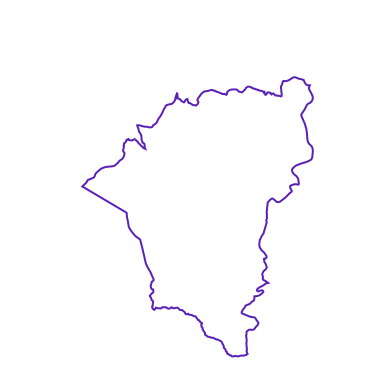 the district of Ta Phraya, Sa Kaeo, Thailand, rotated 109°
{"feature_id": "78962969B35717105956499", "entity_name": "Ta Phraya", "entity_type": "district", "adm_level": 2, "iso_a3": "THA", "parent_name": "Thailand", "parent_adm1": "Sa Kaeo", "projection": "albers", "projection_center": [102.705, 14.016], "detail": "fine", "context": "isolated", "style": "outline", "palette": "violet", "viewbox_px": 384, "rotation_deg": 109, "n_neighbors": 0, "source": "geoboundaries", "source_scale": "gbopen_adm2", "svg_char_len": 5958}
<svg xmlns="http://www.w3.org/2000/svg" viewBox="0 0 384 384"><g transform="rotate(109 192 192)"><path d="M222.5,297.5L232.9,247.1L237.4,245.0L239.6,243.7L240.1,243.3L245.8,240.3L248.5,237.0L251.5,232.3L252.4,230.3L253.8,225.6L260.6,221.1L275.0,212.1L277.9,209.1L281.3,205.2L287.0,200.0L287.6,199.6L288.4,199.6L290.0,200.8L291.7,200.6L292.9,200.7L294.7,200.3L295.9,199.6L296.9,198.5L297.0,197.8L296.8,197.0L298.8,196.0L299.6,196.1L301.5,197.2L303.9,198.1L304.2,197.9L305.5,196.1L307.2,195.2L307.6,193.8L308.5,192.9L310.2,192.7L310.9,192.4L312.3,192.4L313.3,192.0L313.8,192.3L315.2,191.1L315.2,190.3L315.6,189.7L315.7,189.3L314.9,189.0L314.0,188.4L313.2,188.5L312.9,187.1L313.0,186.0L312.3,184.1L312.3,183.6L311.7,183.0L310.9,182.7L310.1,181.4L309.7,179.2L309.4,178.7L310.0,177.4L310.0,176.4L309.5,175.2L308.2,174.1L307.7,173.9L307.7,173.2L308.0,172.3L308.0,171.5L306.3,168.8L306.3,167.0L307.4,165.2L307.3,164.1L306.9,163.2L306.9,162.6L307.4,161.6L308.0,159.7L309.0,158.9L309.5,158.0L309.5,157.7L308.4,156.1L309.0,155.1L308.5,152.7L308.4,151.9L308.8,150.0L308.5,148.0L309.8,146.4L310.3,145.4L311.1,144.5L311.0,143.3L312.3,141.9L312.7,139.8L313.2,139.7L314.5,140.1L315.5,139.4L316.2,139.2L317.1,137.8L317.9,137.3L318.5,137.2L318.7,136.7L320.3,135.1L320.7,134.1L321.3,133.7L322.5,133.3L322.8,133.0L323.0,131.6L323.7,130.3L323.5,129.4L323.4,127.0L323.5,126.2L323.0,125.1L323.5,120.4L323.2,120.1L323.2,118.6L323.9,115.4L327.1,112.1L328.6,111.1L329.0,111.1L329.0,110.8L330.2,108.9L331.6,108.1L332.1,106.7L333.2,106.1L333.5,105.6L333.4,105.1L333.7,104.1L333.6,103.7L334.1,102.8L333.8,102.3L333.9,101.6L334.4,100.9L334.3,100.1L333.9,99.5L333.6,98.6L332.8,97.5L332.5,95.0L330.6,92.3L330.4,91.2L329.4,89.0L328.1,87.4L327.1,86.7L324.8,88.6L323.1,88.8L317.7,91.2L315.0,91.8L311.9,93.1L310.6,94.1L309.3,94.0L306.9,94.8L306.2,94.8L305.7,94.7L303.9,93.4L303.4,92.8L302.6,89.8L301.6,88.5L298.8,87.7L296.4,86.6L294.3,86.5L293.5,87.2L292.8,88.4L290.6,91.1L290.4,91.7L290.3,92.6L290.9,95.6L291.0,97.2L290.5,105.3L290.2,105.7L289.1,106.0L285.8,105.3L284.4,104.7L281.9,104.3L278.9,100.9L276.2,99.6L274.5,98.2L273.2,98.2L270.3,99.0L269.1,96.3L268.1,95.1L266.9,94.0L264.5,92.5L263.5,92.1L262.9,92.1L262.2,92.9L262.2,93.9L263.0,95.3L264.4,96.9L264.5,97.4L263.9,98.6L263.6,98.7L262.4,98.6L260.5,97.4L257.0,94.1L254.4,92.4L253.2,90.4L252.1,94.2L251.9,96.0L251.5,96.6L251.0,96.9L249.5,97.0L247.2,98.7L245.8,98.9L243.5,98.5L240.8,97.0L238.8,96.8L236.3,98.7L234.6,100.8L234.1,101.1L233.3,101.3L232.2,102.1L231.6,102.1L230.6,100.5L230.3,100.3L229.2,100.3L228.2,100.9L225.8,104.1L224.4,107.3L222.7,109.4L221.1,110.7L219.6,111.4L215.0,112.3L213.9,112.0L211.2,111.8L207.9,110.9L197.4,111.4L196.4,111.5L194.6,112.5L192.0,112.6L190.2,113.6L189.1,113.7L186.7,114.9L184.4,115.3L181.6,116.1L179.9,116.3L178.0,116.9L176.9,116.8L173.9,115.6L172.6,114.7L172.0,114.0L172.1,112.7L173.8,108.7L173.5,107.0L172.6,105.7L166.9,101.9L161.4,99.3L159.4,98.0L158.9,97.9L158.4,98.2L155.7,100.8L154.7,101.1L154.3,101.0L152.7,99.7L151.1,97.1L150.7,96.0L150.6,94.5L150.3,93.8L149.8,93.6L149.2,93.7L145.0,95.9L144.1,96.9L143.0,98.5L141.8,101.8L140.1,103.9L138.4,104.7L137.0,104.5L134.3,103.1L132.8,101.9L129.5,98.0L126.1,93.2L123.2,90.3L121.9,89.7L120.1,89.6L114.5,90.9L113.1,91.4L110.8,92.7L109.7,93.9L108.3,97.0L106.9,98.7L104.7,100.0L100.3,101.9L95.3,104.3L90.1,108.1L84.5,113.3L83.6,113.7L82.0,113.7L77.0,112.3L72.7,111.8L71.1,111.2L68.9,109.1L67.8,108.6L66.9,108.3L65.1,108.1L63.3,108.6L61.8,109.4L59.5,111.7L57.6,113.8L56.1,115.1L55.1,115.4L52.8,115.3L53.5,117.3L53.1,119.2L51.7,121.2L49.6,123.0L49.9,124.1L49.7,125.2L50.2,127.8L49.9,130.9L50.0,132.1L50.6,133.5L54.7,136.8L55.9,138.2L56.8,139.7L57.2,141.6L57.7,141.9L58.6,142.1L60.8,141.8L63.1,142.2L63.8,142.1L70.9,138.8L72.2,138.6L72.7,139.1L72.8,141.6L73.2,142.6L73.0,143.3L73.5,144.2L73.6,144.8L72.3,147.1L72.9,147.9L73.9,148.5L73.4,149.7L72.7,150.0L72.9,151.2L72.7,151.8L73.5,153.2L75.3,153.4L76.0,153.8L76.2,154.2L75.3,155.1L75.3,155.6L75.0,155.7L74.7,156.2L74.5,155.7L74.1,155.9L74.2,156.3L73.8,156.5L74.1,156.9L73.8,157.9L73.7,159.1L74.2,160.8L74.2,161.3L73.9,162.0L74.1,162.9L73.9,163.7L74.2,164.5L74.0,165.2L74.2,165.8L73.9,166.4L74.2,167.0L74.0,167.8L74.2,168.7L73.8,169.2L73.7,170.3L73.8,172.5L74.3,173.5L75.1,174.3L76.2,174.8L78.0,175.3L81.1,176.9L81.5,177.2L81.7,178.1L81.8,180.2L81.6,180.9L80.7,182.4L80.6,183.1L81.5,186.3L82.5,188.4L83.2,189.4L84.4,190.4L85.5,191.0L86.5,191.2L88.3,190.9L88.8,191.1L89.0,191.5L89.0,191.9L88.6,193.2L89.5,195.0L89.2,196.2L89.1,201.0L89.0,201.8L89.2,202.4L88.7,203.6L89.1,204.4L89.0,206.4L89.6,207.6L91.5,210.1L92.9,213.1L95.7,215.0L101.2,216.7L103.3,216.9L104.6,215.4L105.3,215.1L107.2,215.4L109.0,216.4L109.1,216.9L109.0,217.6L109.5,219.3L109.3,220.4L108.5,222.8L108.8,223.0L108.9,224.2L107.0,225.8L105.6,226.6L106.7,228.0L109.0,228.4L109.9,228.8L109.2,232.3L108.8,232.5L108.0,234.0L108.3,236.2L107.1,236.4L107.1,236.8L106.1,236.9L103.9,237.8L103.7,238.3L107.5,238.4L110.6,237.9L113.0,238.5L114.5,239.3L115.6,240.2L116.5,242.0L117.8,243.9L118.8,244.8L120.6,245.0L122.5,245.5L126.4,245.8L130.4,246.5L133.9,247.6L138.1,248.0L140.4,249.4L141.4,250.4L143.4,250.8L144.2,251.8L144.8,253.6L145.1,256.4L145.8,258.4L146.1,264.0L146.8,265.5L147.6,265.0L149.7,263.2L152.0,261.9L153.7,259.7L155.4,258.1L158.9,256.8L159.9,255.8L161.2,255.1L161.5,254.6L161.6,253.5L162.1,252.6L164.0,251.7L165.4,251.3L165.8,250.7L166.4,250.2L166.3,251.8L165.5,253.7L163.4,258.0L161.8,260.5L160.7,263.3L161.1,264.0L162.6,265.1L163.2,267.1L163.2,268.3L163.4,268.6L162.6,269.4L163.9,270.6L164.3,270.9L164.8,270.6L165.9,270.9L167.2,271.3L167.8,271.9L168.5,272.0L169.2,271.7L170.1,271.8L170.1,271.6L170.9,271.5L171.4,271.0L173.5,270.9L175.7,270.5L177.3,268.5L178.6,268.1L181.0,268.1L183.2,268.6L186.0,270.6L187.1,271.1L188.3,271.4L192.1,273.6L193.5,275.4L196.4,281.7L198.8,284.8L200.0,285.8L205.2,288.8L206.9,289.2L209.2,289.2L210.4,289.7L211.7,291.0L214.6,294.4L217.9,295.1L222.5,297.5Z" fill="none" stroke="#5b21b6" stroke-width="2"/></g></svg>